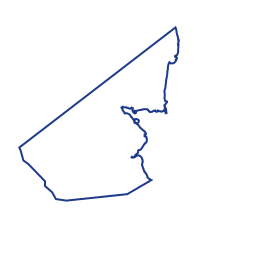 outline of Ngermechau, Melekeok, Palau, rotated 320°
{"feature_id": "81905179B2949458195189", "entity_name": "Ngermechau", "entity_type": "district", "adm_level": 2, "iso_a3": "PLW", "parent_name": "Palau", "parent_adm1": "Melekeok", "projection": "albers", "projection_center": [134.622, 7.54], "detail": "fine", "context": "isolated", "style": "outline", "palette": "blue", "viewbox_px": 256, "rotation_deg": 320, "n_neighbors": 0, "source": "geoboundaries", "source_scale": "gbopen_adm2", "svg_char_len": 5475}
<svg xmlns="http://www.w3.org/2000/svg" viewBox="0 0 256 256"><g transform="rotate(320 128 128)"><path d="M112.4,182.9L112.2,182.4L112.0,181.6L111.6,180.7L111.3,180.2L111.4,179.2L111.3,178.8L111.2,178.2L111.7,177.7L112.0,176.7L112.4,175.5L112.3,174.7L112.6,174.3L112.5,173.5L112.4,172.8L112.3,172.5L112.5,172.1L112.9,171.8L112.8,171.0L113.2,169.8L113.5,169.4L113.8,168.4L113.8,168.0L114.1,167.6L114.4,166.9L114.6,166.4L114.7,165.7L114.9,165.5L115.4,164.9L115.8,164.6L116.8,163.8L117.4,163.6L117.9,162.9L118.2,162.3L118.4,161.6L118.7,161.6L119.0,160.7L119.3,159.9L119.5,159.0L119.4,157.9L119.2,157.2L118.9,156.5L118.2,155.4L117.4,155.0L116.2,154.7L115.3,154.8L114.8,154.7L114.3,154.5L113.8,154.4L113.4,154.3L113.2,154.2L111.9,153.1L111.9,152.9L112.4,153.1L112.7,152.9L112.8,153.4L113.3,153.8L114.2,154.1L115.0,154.1L115.6,153.9L115.7,153.7L117.2,153.4L117.8,153.6L118.3,153.5L118.6,153.5L119.6,153.4L120.1,153.1L120.2,152.8L120.8,152.4L121.4,151.7L122.0,151.8L122.6,152.2L123.3,152.6L124.0,152.5L124.6,152.6L124.8,152.5L125.3,152.5L125.6,152.3L126.4,152.0L127.6,151.7L127.9,151.6L128.5,151.5L128.6,151.3L129.4,151.0L130.2,150.9L130.8,150.8L131.0,150.9L131.3,150.6L131.5,150.7L131.9,150.8L132.5,150.6L133.3,150.5L134.0,150.1L134.7,149.4L134.9,149.0L135.2,148.8L135.5,148.3L135.6,148.1L135.6,147.8L135.8,147.7L136.0,147.4L136.1,147.1L136.3,146.6L136.2,146.4L136.1,146.2L135.8,145.9L135.7,145.5L135.9,145.4L135.8,145.2L135.6,145.3L135.4,145.0L135.6,144.8L135.8,144.4L136.0,144.2L136.3,144.1L136.6,144.1L136.8,143.7L137.0,143.9L137.0,144.2L137.4,144.4L137.9,144.1L138.3,143.5L138.4,143.1L138.5,142.4L138.5,141.8L138.6,141.3L138.3,140.6L138.4,140.2L138.3,139.8L138.1,139.5L138.1,139.0L138.0,138.7L138.0,138.0L137.8,137.6L137.8,137.2L137.7,136.4L137.6,136.2L137.5,135.4L137.6,135.0L137.7,134.3L137.7,133.7L137.8,133.0L137.7,132.7L137.8,132.3L137.8,131.8L137.6,131.3L137.7,131.1L137.5,130.6L137.3,130.4L137.2,129.5L137.0,128.9L136.8,128.2L136.4,128.1L136.5,127.8L136.7,127.7L136.8,127.2L137.1,126.7L137.3,127.0L137.1,127.2L137.0,127.8L137.2,128.4L137.2,128.9L137.6,129.5L138.0,130.0L138.4,130.4L138.9,130.5L139.9,130.2L140.3,130.0L140.6,129.9L140.9,129.5L141.1,129.3L141.2,128.9L141.2,128.6L140.7,127.5L140.7,127.2L140.4,126.7L139.9,126.3L139.4,126.1L138.6,126.2L138.6,125.5L138.4,125.1L138.0,125.0L137.5,124.8L137.7,122.8L137.6,121.6L137.8,121.4L137.7,120.7L137.9,119.8L137.9,118.9L137.7,118.2L137.4,117.6L137.2,117.2L137.0,116.6L136.5,115.9L136.0,115.4L135.4,115.0L134.9,114.9L134.8,114.5L135.2,114.1L135.3,113.8L135.2,112.7L135.2,112.0L135.4,111.7L135.5,111.2L135.4,110.8L135.9,109.7L135.9,109.2L136.1,108.4L136.2,108.1L137.7,108.3L137.6,108.9L137.8,109.2L137.9,109.4L138.3,109.8L139.1,110.4L139.9,110.8L140.2,111.8L140.5,112.4L140.9,112.5L141.3,113.5L141.7,114.1L141.9,114.6L143.7,114.6L143.8,114.6L144.5,115.8L144.2,116.1L143.7,116.3L143.3,116.6L143.0,116.9L143.1,117.6L142.7,117.6L142.4,118.2L142.3,119.0L142.2,119.5L142.3,120.1L142.3,120.5L142.4,120.8L142.8,121.4L143.2,121.5L143.6,121.5L144.1,121.3L144.2,120.8L144.4,120.6L144.4,120.1L144.2,119.8L144.2,119.2L144.5,119.6L144.8,119.8L145.1,120.3L145.7,120.4L146.0,120.7L146.4,120.7L147.0,121.0L148.3,121.6L149.3,122.2L149.5,122.6L150.5,123.0L150.7,122.9L150.9,123.1L151.9,123.7L152.3,123.7L152.7,124.1L152.9,124.4L153.5,124.7L154.0,125.4L154.6,126.0L155.0,126.2L155.1,126.4L155.0,126.6L154.9,127.0L154.7,127.4L154.8,127.8L154.9,128.3L155.1,128.6L154.9,129.0L154.9,129.5L155.2,130.0L155.9,130.4L155.9,130.5L156.4,130.7L156.9,131.0L157.5,131.2L158.1,131.2L158.5,131.2L159.0,131.5L159.3,131.7L159.8,131.9L159.5,132.3L159.6,132.5L160.0,132.6L160.0,132.8L160.1,133.4L160.4,134.1L160.7,134.0L161.1,134.0L161.2,133.8L161.5,133.8L162.1,133.7L162.3,134.0L161.9,134.3L162.1,134.7L162.9,135.4L163.7,136.2L163.8,136.6L164.3,137.1L164.9,137.2L165.2,137.5L165.6,137.6L165.9,137.8L166.2,137.7L166.6,137.9L167.5,138.6L166.4,140.9L167.3,141.2L168.4,138.7L168.9,138.7L169.6,137.1L169.3,137.0L168.9,136.8L169.2,136.7L169.5,136.1L169.6,135.6L169.7,135.4L170.1,135.1L169.9,134.8L170.1,134.6L170.6,134.5L170.9,134.3L170.8,133.9L171.3,133.8L171.9,133.8L172.5,133.7L173.1,133.5L173.7,133.5L174.3,133.4L174.5,133.2L174.9,132.8L174.8,132.5L174.3,131.9L173.9,131.4L173.8,131.2L175.4,128.2L176.6,127.3L177.7,125.9L178.9,124.2L179.5,123.3L180.3,122.6L181.0,122.1L181.9,121.7L182.9,120.8L184.2,119.5L185.3,118.4L185.8,118.1L186.4,117.4L187.4,116.7L187.9,115.8L189.5,114.8L190.8,113.5L192.3,112.4L193.3,111.3L194.7,109.8L196.1,108.8L197.3,107.4L198.5,106.3L199.7,105.4L200.6,104.8L201.5,104.4L202.1,104.3L202.1,104.5L202.0,104.9L202.3,106.0L202.6,106.1L202.7,106.3L203.1,106.7L203.7,107.1L204.4,107.6L205.0,107.8L205.6,107.7L206.2,107.6L207.1,107.5L207.8,107.3L208.2,107.2L208.6,106.9L208.5,106.3L208.8,106.2L209.0,106.3L209.2,106.6L209.6,106.4L210.2,106.1L210.6,105.7L210.7,105.0L210.6,104.6L210.2,104.3L209.9,103.8L210.0,103.3L210.6,103.0L211.3,103.3L212.0,103.5L212.7,103.6L213.3,103.2L214.2,102.7L215.0,102.3L215.5,101.7L216.0,101.2L216.2,100.9L216.9,100.0L217.9,99.0L218.8,98.2L219.3,97.5L219.4,96.9L220.4,96.6L220.4,95.9L220.6,95.7L220.7,95.2L221.5,94.9L222.3,94.4L222.5,94.0L222.8,93.9L222.9,93.3L223.3,93.3L223.4,92.9L223.7,92.5L223.5,92.2L223.8,91.8L224.5,90.5L225.1,89.5L225.4,88.5L225.9,87.6L226.2,86.9L226.5,86.3L227.1,85.4L227.8,84.3L228.4,83.1L228.8,82.2L229.0,81.5L32.2,73.1L31.3,76.2L27.0,85.6L28.5,91.6L30.2,115.4L27.1,119.1L28.6,128.5L27.1,136.1L34.1,144.0L84.9,178.2L112.4,182.9Z" fill="none" stroke="#1e3a8a" stroke-width="2"/></g></svg>